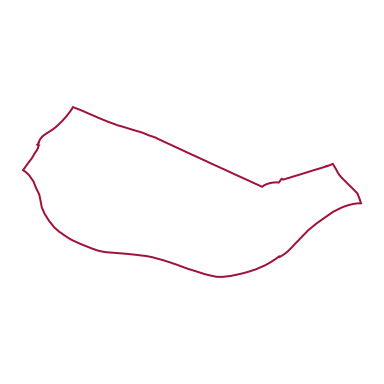 Zwijndrecht, Zuid-Holland, Netherlands
{"feature_id": "6326949B25601261343635", "entity_name": "Zwijndrecht", "entity_type": "district", "adm_level": 2, "iso_a3": "NLD", "parent_name": "Netherlands", "parent_adm1": "Zuid-Holland", "projection": "natural_earth1", "projection_center": [4.609, 51.824], "detail": "fine", "context": "isolated", "style": "outline", "palette": "rose", "viewbox_px": 384, "rotation_deg": 0, "n_neighbors": 0, "source": "geoboundaries", "source_scale": "gbopen_adm2", "svg_char_len": 4978}
<svg xmlns="http://www.w3.org/2000/svg" viewBox="0 0 384 384"><path d="M23.0,170.2L24.9,171.4L25.6,171.9L26.2,172.5L27.3,173.5L28.0,174.1L28.6,174.7L29.1,175.2L29.4,175.5L30.0,176.5L33.4,181.3L36.0,187.8L39.2,194.4L39.5,195.9L39.8,197.1L40.6,201.0L41.8,207.5L43.4,211.1L44.6,213.7L44.7,214.0L48.9,220.6L52.9,225.7L53.4,226.4L54.1,227.2L54.5,227.6L55.8,228.7L57.7,230.4L59.1,231.6L59.6,232.1L60.2,232.4L61.7,233.4L62.6,234.1L64.2,235.2L66.5,236.7L68.9,238.3L70.1,239.0L70.7,239.3L72.1,240.1L73.1,240.6L73.3,240.7L75.8,241.8L77.5,242.6L77.9,242.8L80.5,243.9L83.3,245.1L84.1,245.4L87.4,246.7L90.4,247.9L91.4,248.3L93.7,249.1L96.1,250.0L97.3,250.4L100.0,251.1L102.0,251.5L104.0,251.9L104.9,252.0L106.2,252.2L119.9,253.3L123.0,253.5L128.1,254.0L133.2,254.5L136.8,254.9L140.8,255.4L146.0,256.0L149.2,256.6L151.7,257.1L153.0,257.4L155.4,258.1L157.8,258.7L164.1,260.5L168.8,262.0L170.7,262.6L172.8,263.4L175.1,264.1L175.9,264.4L177.9,265.1L180.5,266.1L182.7,266.9L184.2,267.5L184.8,267.7L185.8,268.1L187.7,268.7L188.9,269.1L193.1,270.4L201.3,273.0L201.9,273.2L205.4,274.3L209.5,275.3L216.5,276.8L222.4,276.9L230.3,276.0L235.6,274.9L242.1,273.5L247.9,271.9L255.7,269.4L261.2,267.0L265.5,265.1L270.1,262.5L275.3,259.2L279.1,256.4L279.6,257.0L282.3,255.4L283.0,254.9L284.0,254.3L284.9,253.7L286.5,252.4L287.4,251.7L289.5,249.7L290.2,249.0L291.2,248.0L292.7,246.4L294.9,244.0L299.2,239.6L299.4,239.3L300.5,238.2L301.4,237.3L302.5,236.1L305.6,233.0L308.0,230.4L316.3,223.6L323.7,218.4L332.9,211.9L341.8,207.5L344.6,206.4L348.5,205.1L353.6,203.9L357.3,203.4L361.0,203.3L359.9,199.8L358.7,196.7L357.4,193.4L351.0,186.9L350.7,186.6L349.8,185.8L348.5,184.5L347.4,183.4L347.1,183.1L346.9,182.9L344.4,180.4L342.7,178.7L341.5,177.5L341.2,177.2L340.1,175.8L339.1,174.6L338.8,174.1L338.0,172.9L337.8,172.6L337.2,171.5L336.5,170.1L335.6,168.5L334.7,167.0L333.7,165.4L333.0,164.3L332.8,163.9L332.1,164.2L331.8,164.3L331.1,164.6L330.4,164.9L329.8,165.2L329.2,165.4L328.9,165.5L328.5,165.7L327.9,165.9L327.4,166.1L327.3,165.9L326.9,166.0L326.4,166.1L326.5,166.3L326.0,166.5L325.4,166.7L324.6,166.9L322.4,167.6L319.1,168.6L316.7,169.3L312.1,170.7L309.7,171.5L303.2,173.5L298.4,175.0L293.6,176.4L289.5,177.7L287.1,178.4L283.3,179.6L282.3,179.1L281.7,178.8L281.4,179.0L281.2,179.3L281.0,179.6L280.5,180.3L279.7,181.3L279.4,181.7L279.0,182.3L278.7,182.6L278.2,182.5L277.8,182.5L277.4,182.4L276.7,182.4L276.3,182.4L276.0,182.4L275.8,182.4L275.6,182.4L275.3,182.4L275.1,182.4L274.9,182.4L274.7,182.4L274.4,182.5L274.2,182.5L273.8,182.5L273.6,182.5L273.4,182.5L273.1,182.6L272.9,182.6L272.2,182.7L271.8,182.8L271.6,182.8L271.4,182.8L271.1,182.9L270.9,182.9L270.7,183.0L270.4,183.0L270.2,183.1L269.8,183.2L269.6,183.2L269.4,183.3L268.7,183.5L268.4,183.6L268.2,183.6L267.7,183.8L267.3,183.9L267.0,184.0L266.9,184.1L266.7,184.2L266.5,184.3L266.3,184.3L265.7,184.6L265.3,184.8L265.1,184.8L264.8,185.0L264.6,185.1L264.4,185.2L264.2,185.3L263.9,185.5L263.7,185.6L263.5,185.8L263.3,185.9L262.9,186.2L262.8,186.3L262.7,186.4L262.2,186.8L261.3,186.4L258.0,184.9L250.2,181.4L249.9,181.2L247.1,179.9L236.9,175.3L230.2,172.2L225.0,169.8L222.9,168.8L222.5,168.7L217.8,166.5L215.1,165.3L209.2,162.6L208.7,162.4L207.1,161.6L206.3,161.2L205.4,160.8L204.5,160.4L203.7,160.0L202.9,159.7L202.0,159.2L201.0,158.8L200.2,158.4L198.8,157.7L197.7,157.3L197.0,156.9L196.4,156.7L195.5,156.2L193.2,155.2L186.7,152.2L182.4,150.2L180.9,149.5L179.4,148.8L173.5,146.1L170.8,144.8L164.8,142.1L163.5,141.5L162.6,141.0L161.9,140.7L159.1,139.4L157.1,138.5L156.6,138.2L156.4,138.1L156.3,137.9L156.0,137.7L155.8,137.7L153.3,136.8L152.4,136.5L151.8,136.3L151.2,136.1L150.5,135.9L150.1,135.8L149.1,135.4L148.6,135.2L148.0,135.0L147.6,134.8L147.1,134.6L146.2,134.2L145.9,134.1L145.1,133.8L144.1,133.3L142.8,132.8L141.8,132.5L141.0,132.2L140.6,132.1L139.3,131.7L137.4,131.2L135.4,130.6L132.1,129.6L123.4,126.9L121.7,126.4L119.8,125.9L118.3,125.5L118.0,125.4L117.4,125.2L115.3,124.4L113.9,123.9L110.3,122.6L107.4,121.5L99.8,118.4L96.6,117.0L94.8,116.2L91.5,114.8L88.4,113.5L86.4,112.6L84.0,111.5L82.4,110.8L81.7,110.5L78.1,109.1L73.0,107.1L72.8,107.4L71.7,109.2L70.0,111.7L68.6,113.5L67.1,115.4L67.1,115.5L66.7,116.0L66.3,116.4L64.8,118.1L63.7,119.3L62.4,120.8L61.0,122.2L59.0,124.1L57.4,125.6L55.8,127.1L53.8,128.6L53.1,129.2L52.3,129.7L49.6,131.5L46.6,133.3L46.2,133.7L44.5,134.8L43.8,135.3L42.2,136.6L42.1,136.9L41.5,137.6L41.4,137.6L41.0,138.1L40.3,139.1L39.7,140.0L39.4,140.8L39.0,141.4L39.1,141.5L38.6,142.4L38.8,142.5L38.5,143.1L38.6,143.4L38.2,143.9L38.1,144.1L37.9,144.3L37.4,144.7L37.6,144.8L37.8,144.7L38.1,144.8L38.0,145.2L38.2,145.3L38.7,145.4L38.6,145.5L38.4,146.4L38.3,146.8L38.2,147.1L38.0,147.8L37.9,148.3L37.8,148.5L37.5,148.9L37.4,149.2L37.3,149.5L37.1,149.7L36.9,150.1L36.6,150.5L36.5,150.8L36.3,151.3L35.8,151.6L35.3,152.4L34.6,153.5L34.0,154.5L33.7,155.1L33.5,155.5L32.8,156.6L31.8,158.3L31.3,159.0L30.6,159.9L29.1,161.8L27.0,164.6L25.6,166.6L24.5,168.2L24.3,168.4L23.0,170.2Z" fill="none" stroke="#9f1239" stroke-width="2"/></svg>